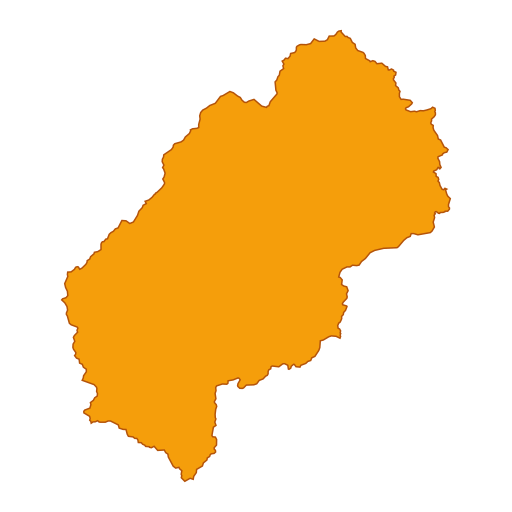 the district of Phato, Chumphon, Thailand
{"feature_id": "78962969B64090503691360", "entity_name": "Phato", "entity_type": "district", "adm_level": 2, "iso_a3": "THA", "parent_name": "Thailand", "parent_adm1": "Chumphon", "projection": "mercator", "projection_center": [98.813, 9.803], "detail": "fine", "context": "isolated", "style": "filled", "palette": "amber", "viewbox_px": 512, "rotation_deg": 0, "n_neighbors": 0, "source": "geoboundaries", "source_scale": "gbopen_adm2", "svg_char_len": 5969}
<svg xmlns="http://www.w3.org/2000/svg" viewBox="0 0 512 512"><path d="M184.8,481.3L190.1,478.3L193.2,479.3L193.7,476.4L196.3,472.6L196.6,469.4L202.4,466.0L203.4,462.9L206.9,460.0L207.3,457.9L209.6,456.5L210.2,454.7L211.3,453.8L214.1,453.4L215.6,452.0L215.4,450.3L214.2,449.1L214.2,447.7L216.5,445.1L216.6,439.5L215.4,437.1L212.8,436.8L211.9,435.6L213.4,427.2L216.0,425.4L214.8,422.1L215.9,418.9L215.3,417.7L215.1,414.4L215.7,409.3L216.7,406.4L216.2,404.6L214.5,402.6L214.4,401.5L215.9,398.8L215.1,393.4L216.0,390.7L215.7,387.5L216.6,385.9L222.4,384.0L226.8,384.2L227.9,383.3L228.1,380.8L233.1,379.9L238.1,377.9L239.1,378.3L240.2,379.8L238.0,383.6L237.6,385.6L237.9,386.5L239.8,388.3L242.5,388.4L243.6,387.9L246.3,385.1L253.8,384.8L256.7,383.8L259.2,380.4L263.1,378.9L265.6,376.2L267.3,375.3L268.1,373.8L268.1,371.5L268.8,369.8L270.7,368.8L271.0,366.8L272.2,366.0L278.8,366.8L282.8,363.8L284.7,363.7L287.8,365.3L288.4,369.1L289.0,369.3L290.7,368.2L291.3,366.2L293.6,364.3L294.3,364.4L296.0,366.7L300.0,367.1L300.8,365.3L305.8,363.4L307.9,361.4L310.7,360.5L311.8,357.8L314.9,356.4L318.8,350.4L319.8,347.6L320.3,340.8L323.3,340.0L328.9,336.7L331.4,335.9L336.1,336.3L340.0,338.2L340.6,336.3L340.1,335.3L340.7,333.4L340.1,332.9L340.6,330.9L339.6,329.0L338.1,328.2L337.7,325.5L338.8,323.0L339.9,322.4L340.8,320.8L341.7,318.6L341.6,316.4L343.3,314.6L343.6,312.5L345.5,310.4L347.0,306.5L346.7,306.0L342.8,304.8L342.4,303.8L343.2,302.2L346.8,298.4L347.2,296.9L346.5,293.8L348.1,290.7L346.7,286.8L343.7,286.0L341.6,284.5L342.2,279.9L340.2,277.5L338.7,277.0L340.0,272.3L342.2,269.2L347.0,266.9L350.1,266.9L352.5,265.2L356.7,265.6L359.1,265.1L361.5,261.5L365.4,258.5L370.1,252.7L374.7,250.4L383.7,248.3L397.0,247.7L398.4,246.7L403.7,240.4L406.9,237.7L410.2,236.4L411.2,233.6L413.8,233.6L417.9,234.8L430.3,232.6L432.0,231.1L434.4,227.0L433.2,222.1L434.6,217.6L434.1,215.2L435.3,213.7L434.6,213.0L435.4,211.7L436.3,211.6L438.6,213.3L439.6,213.4L440.2,212.5L443.1,212.4L444.9,211.8L445.1,211.2L447.7,211.2L449.4,209.2L449.5,208.0L448.5,206.7L448.5,204.5L450.3,198.6L447.8,196.2L446.8,194.2L445.5,189.8L446.7,189.1L444.9,188.3L443.7,189.7L442.1,189.3L440.0,185.5L439.3,182.5L438.0,181.1L438.7,179.5L438.1,177.4L436.2,176.4L436.0,173.6L433.4,172.0L433.8,171.0L436.6,169.8L438.1,167.4L439.1,167.5L439.3,168.7L439.8,168.9L441.1,167.4L439.8,164.5L439.6,161.7L437.8,158.1L438.1,156.7L442.4,154.9L442.6,153.9L444.3,152.7L446.8,152.1L448.1,149.6L446.0,147.7L444.3,147.2L440.6,140.0L438.3,139.0L437.5,135.5L433.8,130.2L433.1,127.7L433.2,125.4L431.4,124.3L430.7,123.0L431.6,120.8L431.5,119.1L434.2,116.7L435.4,114.8L435.4,112.8L434.8,111.6L435.3,110.4L435.0,108.3L432.6,107.2L430.9,108.7L426.4,110.1L423.3,110.8L420.2,110.6L416.5,111.8L414.5,111.2L410.6,111.7L406.0,109.9L405.5,108.9L406.1,107.7L408.5,106.8L411.7,103.9L412.3,102.7L410.2,100.3L403.2,99.2L401.1,99.4L399.4,96.7L399.4,93.4L400.0,91.3L398.8,90.0L398.3,87.9L395.6,85.6L395.9,83.0L393.5,79.9L393.4,78.6L394.2,77.6L394.0,76.1L395.6,75.0L396.0,72.3L393.7,71.2L393.5,70.1L391.5,69.0L389.3,70.0L388.3,69.9L387.5,66.8L385.5,66.4L381.8,63.2L376.9,63.7L375.0,61.4L372.8,60.7L370.2,61.7L369.7,60.8L365.5,58.5L365.3,55.5L364.0,53.3L363.0,52.4L357.7,50.5L355.7,47.9L355.1,44.3L352.3,42.4L350.3,38.4L347.9,37.4L347.0,36.4L345.2,36.5L341.1,32.0L341.2,30.7L338.8,31.1L337.4,32.1L335.8,34.5L333.9,36.0L329.2,36.1L327.4,39.7L324.9,41.2L319.1,41.4L314.2,38.9L310.6,43.6L306.3,44.7L300.9,44.5L299.4,44.9L297.0,46.3L296.4,47.2L296.3,50.2L295.4,51.8L294.4,52.6L290.6,53.5L290.1,56.1L288.0,58.6L285.5,58.2L283.9,60.2L282.2,61.1L283.9,64.1L282.9,65.8L283.6,68.6L280.0,71.2L279.3,75.2L277.9,76.8L276.8,80.0L275.1,81.9L275.9,90.2L277.1,92.7L277.0,93.9L270.3,101.7L268.9,105.6L267.1,106.4L266.5,107.4L261.7,106.1L254.0,99.4L248.9,101.0L246.4,102.5L244.4,102.3L241.9,100.1L240.3,97.5L237.5,96.0L233.4,92.8L229.9,91.5L223.0,95.6L220.5,96.4L215.3,103.3L209.8,105.5L206.5,108.1L202.7,110.1L200.7,112.5L199.7,115.8L200.1,119.1L198.7,124.5L198.7,127.5L197.1,128.3L192.5,128.8L190.4,129.9L190.7,130.7L189.4,133.5L185.3,137.0L183.6,140.1L181.1,141.9L174.8,143.7L173.4,145.2L173.1,147.2L171.4,149.6L163.8,154.8L163.5,157.1L162.4,159.2L162.2,161.7L163.9,165.1L162.6,167.6L163.6,168.9L165.1,173.1L164.1,177.0L162.8,179.0L164.5,182.3L164.5,183.9L161.8,187.8L157.1,192.3L155.6,193.1L155.4,193.9L154.4,194.4L152.1,197.3L148.8,200.0L145.1,201.3L146.3,203.6L143.1,205.3L142.3,207.6L138.9,211.2L137.5,215.4L133.4,222.0L129.8,223.5L126.0,220.8L121.9,220.5L118.1,227.9L115.3,228.9L113.4,231.3L111.0,232.6L109.2,234.3L107.5,238.8L105.8,239.1L103.9,241.6L102.4,241.8L101.6,242.6L101.0,244.2L101.0,249.6L97.8,251.6L94.4,252.3L94.0,253.8L90.6,256.7L89.7,259.1L87.2,260.6L87.0,262.4L85.9,264.3L82.0,268.1L79.7,269.3L78.4,267.0L77.2,266.7L75.6,267.3L74.4,269.4L71.1,271.9L67.7,272.1L67.4,274.4L67.8,276.5L64.7,283.6L65.6,287.5L67.4,291.2L67.8,295.6L66.0,297.7L62.6,298.8L61.7,299.9L64.8,302.8L67.0,306.5L67.6,310.1L66.4,313.0L66.4,314.5L67.3,315.8L69.4,323.3L71.2,324.8L77.1,327.0L77.9,328.1L77.0,330.3L77.6,332.2L74.4,335.5L73.4,337.4L74.8,341.3L73.1,344.1L72.9,347.4L73.5,349.2L75.8,352.5L75.7,354.1L74.6,355.6L76.5,358.1L79.1,359.2L79.6,363.1L82.3,364.3L83.4,367.2L86.3,369.2L86.3,371.8L83.6,375.7L83.2,378.2L82.2,380.3L94.1,384.6L96.5,387.2L96.9,388.6L96.6,391.4L97.5,393.6L97.2,396.1L94.7,397.8L93.4,400.3L90.4,402.6L90.9,404.6L89.9,408.1L84.7,410.1L83.8,411.3L83.9,412.9L89.6,416.3L90.2,418.5L89.7,420.2L90.8,421.3L91.2,423.2L93.1,421.9L95.3,421.8L97.6,420.7L99.1,422.0L100.5,422.2L105.3,422.2L108.1,421.0L110.5,421.0L118.3,424.9L119.2,428.1L123.1,429.4L126.0,429.5L127.2,434.1L128.4,436.3L133.0,436.9L134.8,438.4L136.8,438.4L137.9,439.9L138.3,442.5L141.3,442.7L142.6,444.2L144.8,445.2L145.6,446.4L149.2,446.7L149.5,447.3L151.4,447.7L154.1,446.3L157.7,450.4L164.3,450.0L165.7,452.6L167.9,454.1L168.3,457.0L173.2,466.2L175.7,468.1L178.9,467.3L179.6,468.8L181.8,470.7L181.2,474.3L181.8,475.7L181.3,477.7L184.8,481.3Z" fill="#f59e0b" stroke="#b45309" stroke-width="1.5"/></svg>